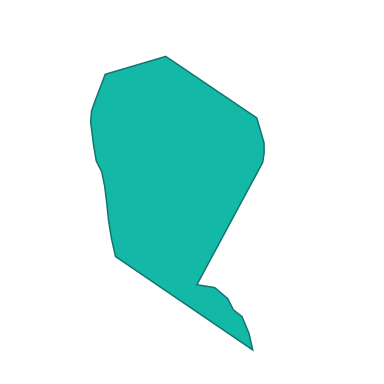 Santo Antônio dos Milagres, Piauí, Brazil (orthographic projection), rotated 33°
{"feature_id": "56859067B62795431008505", "entity_name": "Santo Antônio dos Milagres", "entity_type": "district", "adm_level": 2, "iso_a3": "BRA", "parent_name": "Brazil", "parent_adm1": "Piauí", "projection": "orthographic", "projection_center": [-42.703, -6.051], "detail": "fine", "context": "isolated", "style": "filled", "palette": "teal", "viewbox_px": 384, "rotation_deg": 33, "n_neighbors": 0, "source": "geoboundaries", "source_scale": "gbopen_adm2", "svg_char_len": 483}
<svg xmlns="http://www.w3.org/2000/svg" viewBox="0 0 384 384"><g transform="rotate(33 192 192)"><path d="M163.0,287.8L328.9,291.4L316.9,279.6L301.7,269.3L290.9,268.3L280.1,262.0L263.1,259.8L246.6,267.1L235.2,128.8L231.2,119.9L225.6,111.5L206.0,94.6L96.1,92.6L55.1,140.5L58.5,156.2L61.1,168.5L63.7,178.9L68.9,188.6L75.1,195.8L83.7,206.1L94.9,218.2L105.3,224.2L115.6,234.7L126.4,247.5L137.6,261.4L149.6,274.7L163.0,287.8Z" fill="#14b8a6" stroke="#0f766e" stroke-width="1.5"/></g></svg>